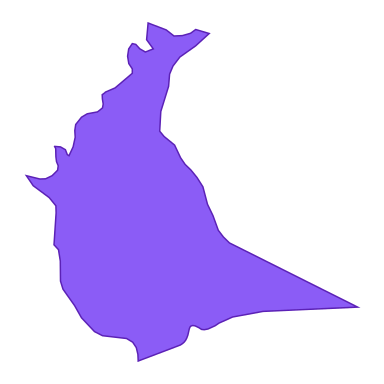 SVG path tracing the border of Al Qalyubiyah
{"feature_id": "EGY-1534", "entity_name": "Al Qalyubiyah", "entity_type": "Governorate", "adm_level": 1, "iso_a3": "EGY", "parent_name": "Egypt", "parent_adm1": "", "projection": "mercator", "projection_center": [31.238, 30.352], "detail": "fine", "context": "isolated", "style": "filled", "palette": "violet", "viewbox_px": 384, "rotation_deg": 0, "n_neighbors": 0, "source": "natural_earth", "source_scale": "10m", "svg_char_len": 1330}
<svg xmlns="http://www.w3.org/2000/svg" viewBox="0 0 384 384"><path d="M357.6,307.1L263.0,311.4L232.6,317.0L219.0,323.1L215.2,325.7L208.0,329.0L204.2,329.7L201.5,329.4L199.1,327.8L195.2,325.9L192.8,325.5L191.0,326.0L189.9,327.2L189.2,329.2L187.9,335.0L186.8,338.0L185.6,340.3L184.1,342.2L182.5,343.6L180.4,345.0L138.2,361.0L137.9,354.4L136.3,347.6L132.7,342.2L126.6,338.5L102.5,335.7L94.5,331.6L81.5,317.8L74.6,305.6L63.0,289.2L60.5,281.1L60.3,261.0L58.5,249.7L54.0,244.8L56.1,213.0L55.9,205.8L49.2,197.6L33.2,185.7L26.4,175.7L39.9,179.0L45.6,178.8L52.1,175.7L57.6,170.2L58.2,165.8L56.5,161.6L55.9,156.7L55.7,148.5L54.3,146.0L54.8,146.4L60.5,146.9L65.4,149.7L67.3,154.6L69.0,155.7L73.1,146.9L75.2,137.3L74.8,130.5L75.7,124.5L81.5,117.2L87.2,113.8L97.5,111.9L102.5,107.9L103.2,104.0L102.4,99.0L102.2,94.7L104.8,92.8L105.4,92.1L115.1,87.9L132.3,73.3L132.3,68.9L128.8,63.6L127.6,56.2L128.7,48.9L132.3,43.6L135.8,44.4L139.8,48.8L145.3,52.0L153.3,48.9L146.6,39.7L148.1,23.0L166.2,29.9L174.0,36.0L182.4,35.6L190.5,33.3L195.7,29.5L209.2,33.5L195.6,45.9L179.9,57.0L173.0,66.0L169.6,74.1L168.6,86.3L160.8,111.5L159.7,131.2L164.1,136.5L174.6,145.1L180.6,157.8L185.1,164.4L190.9,170.0L197.0,177.5L202.9,186.8L207.5,204.3L213.0,215.7L218.3,230.3L223.4,237.0L229.4,242.9L357.6,307.1Z" fill="#8b5cf6" stroke="#5b21b6" stroke-width="1.5"/></svg>